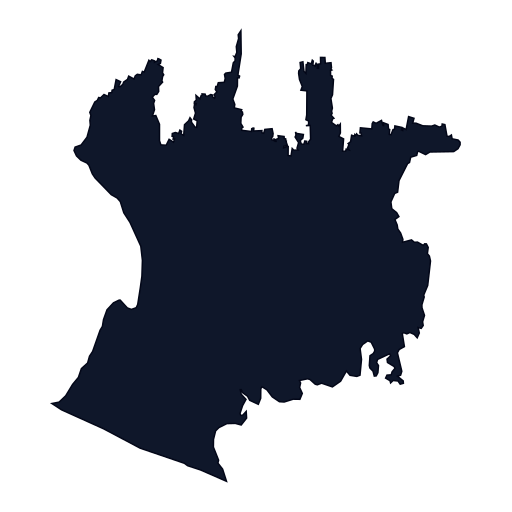 outline of Bantul, Yogyakarta, Indonesia
{"feature_id": "22746128B15956982783625", "entity_name": "Bantul", "entity_type": "district", "adm_level": 2, "iso_a3": "IDN", "parent_name": "Indonesia", "parent_adm1": "Yogyakarta", "projection": "equal_earth", "projection_center": [110.384, -7.898], "detail": "fine", "context": "isolated", "style": "filled", "palette": "ink", "viewbox_px": 512, "rotation_deg": 0, "n_neighbors": 0, "source": "geoboundaries", "source_scale": "gbopen_adm2", "svg_char_len": 5978}
<svg xmlns="http://www.w3.org/2000/svg" viewBox="0 0 512 512"><path d="M300.1,62.5L300.7,68.7L298.8,70.9L298.6,73.3L299.5,79.5L302.3,86.5L300.9,90.2L306.9,90.9L306.7,115.0L305.9,119.7L308.7,121.1L308.5,125.1L305.9,125.7L310.2,125.5L310.6,139.2L308.3,142.2L308.6,143.7L306.4,143.6L306.6,141.3L304.8,141.0L303.9,144.3L301.3,144.1L300.2,140.6L302.8,138.2L303.4,134.5L296.5,133.4L295.5,132.0L296.0,135.1L295.1,137.0L298.6,142.6L297.0,148.2L298.2,150.0L293.8,150.2L292.2,148.5L291.0,155.9L288.1,155.5L288.2,146.5L286.3,145.6L286.0,147.2L283.6,147.9L283.8,146.2L287.3,145.2L286.0,141.3L286.9,141.4L285.8,140.8L285.7,138.9L284.2,138.5L284.1,136.5L278.1,135.7L278.6,138.4L275.7,139.5L276.1,141.4L275.1,141.4L273.8,138.3L274.2,140.7L271.9,139.8L271.6,137.7L272.7,136.6L273.1,133.6L272.1,128.7L264.8,129.4L263.7,133.3L261.8,132.7L261.9,130.6L253.6,131.0L253.9,128.2L253.1,128.0L251.7,128.7L251.5,131.5L241.7,130.3L241.7,128.0L243.0,127.1L240.8,123.4L241.1,117.2L242.8,114.4L242.4,112.0L241.1,111.2L241.7,109.7L234.3,107.9L234.8,104.4L232.8,99.0L237.4,86.1L237.5,77.8L239.1,77.9L239.6,76.1L237.9,75.0L241.2,53.9L240.9,30.7L238.2,34.8L238.6,38.6L236.3,46.6L236.8,52.4L235.1,56.6L234.0,56.4L235.1,57.8L235.1,60.8L233.3,62.8L231.5,72.2L225.8,73.1L224.5,74.4L225.2,78.5L224.3,82.3L218.3,82.7L217.1,86.6L215.8,86.5L215.3,89.5L216.9,91.9L214.1,94.7L215.1,96.9L214.6,98.2L212.7,97.1L212.4,95.0L210.8,94.5L207.7,96.2L205.7,96.0L205.1,94.1L202.1,93.9L202.4,95.0L201.2,95.4L200.0,98.9L196.0,95.4L196.3,100.1L194.4,101.8L194.3,103.5L196.3,103.6L196.1,104.8L194.5,104.6L194.0,107.6L195.5,113.1L193.7,119.0L197.2,120.8L196.6,127.4L195.0,127.1L191.4,122.1L191.6,119.8L190.0,117.7L188.6,120.8L184.5,124.7L183.7,135.4L181.0,133.8L181.6,131.3L179.9,130.1L178.6,133.5L175.4,132.5L172.3,133.5L172.1,136.3L173.6,136.4L173.1,139.1L174.6,139.0L173.5,142.2L169.1,139.3L166.2,145.2L160.9,144.9L159.5,140.7L159.5,124.3L155.8,115.5L152.4,116.0L154.5,109.7L153.6,103.4L154.6,100.4L152.3,97.2L154.8,94.4L156.8,94.4L158.7,91.4L158.5,86.5L162.6,82.1L161.9,80.8L162.6,76.5L163.7,74.8L162.5,72.8L163.1,67.6L158.1,64.5L160.4,63.4L161.0,60.1L158.9,58.9L157.9,58.6L157.4,60.8L154.5,62.3L154.6,60.9L151.7,59.8L150.0,61.6L148.9,60.3L144.2,72.1L142.4,71.4L141.1,74.9L137.3,74.3L135.3,75.8L134.0,79.0L128.7,76.1L127.5,79.4L123.7,82.0L122.8,84.4L120.0,86.8L118.6,86.5L120.6,81.7L116.1,79.6L114.2,89.5L112.1,90.2L111.8,92.6L108.9,92.9L108.3,96.5L104.0,94.5L100.5,97.9L98.7,97.5L97.3,100.4L94.8,102.0L89.8,112.3L90.9,115.5L89.9,120.3L90.3,125.2L87.0,137.2L81.1,145.0L75.1,147.1L74.0,150.5L76.5,155.9L80.9,160.2L86.9,163.0L88.9,165.2L92.3,173.8L95.1,178.0L111.3,194.7L117.0,197.9L120.3,201.6L123.8,212.8L130.0,222.4L140.8,246.2L142.4,260.4L141.9,276.2L140.3,287.8L137.7,304.5L136.2,307.7L131.4,309.4L127.3,307.9L120.2,300.1L119.1,300.1L113.5,302.8L107.0,309.8L103.5,319.6L102.4,326.4L100.1,330.2L92.6,351.5L89.5,356.2L87.6,363.0L81.4,368.6L78.4,377.4L72.6,384.4L65.7,395.8L59.1,402.1L51.9,403.5L61.5,409.8L103.6,428.8L140.2,448.2L184.4,463.3L187.6,465.7L200.4,469.9L226.5,481.3L222.6,469.1L217.9,463.1L218.6,460.2L213.4,447.1L213.5,439.4L215.6,430.9L218.9,427.6L226.9,423.6L235.3,423.4L241.2,425.0L246.6,418.1L246.2,411.4L242.7,415.2L240.8,415.5L240.0,413.5L242.6,405.6L246.0,399.4L241.2,394.2L240.2,389.6L241.3,389.6L242.6,392.7L247.5,396.2L249.7,400.3L258.3,404.3L260.7,398.3L260.8,388.8L261.9,386.7L266.9,389.8L272.3,396.9L279.4,401.7L284.2,402.0L293.2,399.2L299.9,399.3L302.3,393.4L299.6,387.5L300.6,383.0L299.4,380.5L307.6,378.8L310.0,379.5L315.2,384.2L317.3,384.8L321.6,383.2L332.4,386.9L340.6,381.2L346.4,371.0L350.0,375.3L356.8,376.4L360.0,375.2L361.5,359.4L360.1,348.5L362.6,344.5L367.7,340.9L371.2,342.2L374.6,349.0L374.7,351.1L373.2,353.6L370.0,355.7L369.3,365.5L369.9,368.0L373.0,371.2L374.3,376.1L376.2,375.9L377.9,372.7L378.5,365.6L376.6,362.6L377.6,359.4L389.6,353.8L390.6,355.8L387.0,359.1L387.5,362.5L394.1,366.5L395.0,368.3L392.1,371.8L391.2,374.8L387.0,375.1L385.6,378.1L390.0,380.7L390.6,382.9L393.1,380.5L398.0,381.0L400.2,384.2L403.4,383.3L403.2,380.9L397.5,376.2L400.6,375.2L401.8,371.3L397.4,352.8L399.2,349.5L404.4,346.6L402.3,333.5L403.8,332.7L406.8,333.9L409.9,332.5L414.2,334.4L417.2,337.8L419.3,333.0L418.1,327.5L421.2,328.4L423.2,325.5L422.6,321.8L424.5,315.4L422.0,307.8L421.9,304.8L424.2,297.0L423.7,295.1L427.7,285.5L430.5,261.0L429.4,256.1L427.4,253.7L428.2,247.4L426.4,243.9L424.6,243.8L423.3,245.4L417.5,242.1L414.4,242.3L411.5,239.9L402.5,242.3L402.9,239.3L400.6,233.0L397.8,229.0L397.2,225.0L394.9,219.5L398.9,216.6L396.7,212.7L391.8,208.7L390.9,201.9L394.7,193.4L397.6,192.2L399.0,180.6L407.6,163.6L409.5,162.5L410.7,157.2L416.7,155.4L417.6,151.7L418.6,151.2L425.6,154.6L429.9,152.0L453.7,151.6L458.0,148.7L460.1,144.8L460.1,142.2L458.1,140.0L452.1,138.8L451.4,135.0L449.1,136.5L447.0,136.2L444.9,124.6L442.2,124.0L441.9,126.2L439.3,127.1L434.8,125.0L431.7,126.1L422.8,125.8L416.1,123.2L412.7,123.1L414.0,118.3L408.6,116.6L406.1,129.5L403.0,128.0L402.7,130.5L401.4,130.0L401.8,127.4L394.9,125.9L394.5,129.3L393.0,129.6L391.0,134.8L389.3,134.4L389.7,129.5L388.5,129.0L388.1,124.5L383.6,122.8L383.6,125.6L382.9,125.5L381.5,120.4L376.1,123.3L373.2,121.9L372.2,123.6L371.8,128.9L360.4,127.8L359.9,132.9L361.0,133.0L361.6,135.8L357.7,135.3L356.6,133.8L355.4,135.6L354.8,134.7L354.5,136.1L351.6,135.2L350.6,141.7L348.1,143.6L349.0,144.4L347.6,147.8L349.1,149.9L346.2,149.0L345.6,151.2L342.6,151.2L343.6,138.9L338.8,136.4L340.4,132.9L340.3,124.1L338.8,126.1L337.9,124.7L336.4,125.9L331.5,122.4L332.6,118.9L333.9,118.3L331.1,115.2L332.1,113.4L331.6,111.1L332.4,108.1L330.9,98.5L332.5,94.8L333.5,79.4L332.0,78.3L332.2,76.1L330.6,75.5L330.5,70.5L331.8,70.0L330.8,69.2L331.5,67.7L331.0,62.7L325.3,63.3L324.9,57.5L320.5,57.4L320.6,63.8L318.5,64.1L318.6,68.4L317.2,68.3L317.3,64.3L316.2,64.3L316.1,62.6L315.1,67.0L314.7,65.4L312.8,65.3L313.3,61.1L312.3,60.2L311.3,63.8L307.8,62.6L307.2,64.7L306.2,64.7L305.9,73.4L304.0,71.4L302.9,61.8L300.1,62.5Z" fill="#0f172a" stroke="#020617" stroke-width="1.5"/></svg>